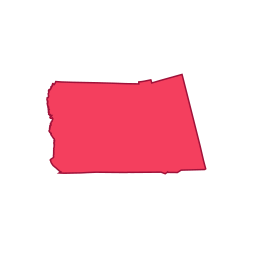 the district of San Isidro, Buenos Aires, Argentina, rotated 210°
{"feature_id": "61730980B51340579014160", "entity_name": "San Isidro", "entity_type": "district", "adm_level": 2, "iso_a3": "ARG", "parent_name": "Argentina", "parent_adm1": "Buenos Aires", "projection": "robinson", "projection_center": [-58.492, -34.488], "detail": "fine", "context": "isolated", "style": "filled", "palette": "rose", "viewbox_px": 256, "rotation_deg": 210, "n_neighbors": 0, "source": "geoboundaries", "source_scale": "gbopen_adm2", "svg_char_len": 4529}
<svg xmlns="http://www.w3.org/2000/svg" viewBox="0 0 256 256"><g transform="rotate(210 128 128)"><path d="M214.8,129.0L214.8,128.8L214.8,128.7L215.0,128.8L215.4,128.7L215.2,128.3L214.9,128.3L214.9,128.2L215.0,128.2L215.0,127.8L214.9,127.7L215.0,127.6L215.1,127.4L214.9,127.3L215.0,127.2L214.7,126.7L214.7,126.3L214.7,126.1L214.9,126.1L214.9,125.8L215.1,125.7L215.1,125.4L215.2,125.2L214.8,125.0L214.7,124.8L214.5,124.6L214.5,124.4L214.6,124.2L214.8,124.2L214.6,123.9L214.6,123.7L214.6,123.0L214.6,122.5L214.5,122.4L214.6,122.2L214.9,122.3L214.9,122.1L215.0,122.1L215.6,121.7L215.6,121.3L215.4,121.2L215.4,120.9L215.5,120.6L215.4,120.4L215.3,120.2L215.2,120.1L214.8,119.9L214.7,120.0L214.6,119.8L214.5,119.4L214.3,118.5L214.3,118.3L214.2,118.2L214.3,117.9L214.0,117.4L213.7,117.1L213.4,116.7L213.2,116.6L213.1,116.4L213.0,116.2L212.7,116.0L212.7,115.9L212.6,115.3L212.4,114.9L212.4,114.7L212.4,114.4L212.5,114.3L212.6,114.2L213.1,113.9L213.1,113.6L212.8,113.1L212.7,112.8L212.3,111.9L212.1,111.8L211.7,111.4L211.4,111.3L211.1,111.3L210.9,111.2L210.9,110.9L211.0,110.6L210.9,110.5L210.7,110.1L210.4,110.1L210.4,109.8L210.4,109.7L210.2,109.0L209.9,108.9L210.0,108.7L209.8,108.5L209.9,108.4L209.7,108.2L209.4,108.1L209.1,107.7L209.0,107.4L208.9,107.3L208.7,107.2L208.3,106.9L208.1,106.9L208.2,106.7L208.1,106.4L207.8,106.2L207.7,106.2L207.3,106.1L207.5,105.8L207.2,105.6L206.8,105.3L206.7,105.2L206.2,105.0L206.0,104.9L206.3,104.7L206.2,104.5L206.1,104.4L206.2,104.2L206.3,104.2L206.1,103.9L205.9,103.9L205.7,103.9L205.8,103.7L205.7,103.5L205.5,103.4L205.5,103.2L205.3,102.7L205.2,102.7L204.8,102.6L204.7,102.2L204.3,102.3L204.2,102.2L204.3,102.0L204.5,102.0L204.6,101.8L204.6,101.7L204.4,101.7L204.2,101.7L204.1,101.2L203.9,101.0L203.6,100.8L203.4,100.7L203.4,100.2L203.2,100.2L202.7,100.1L202.1,100.7L201.9,100.9L201.5,100.7L201.7,100.1L201.8,100.0L201.8,99.7L201.5,99.6L201.4,99.6L201.2,100.0L201.1,99.8L201.2,99.6L201.1,99.4L201.0,99.5L200.6,99.8L200.3,100.3L200.2,100.4L200.2,100.1L200.3,99.8L200.8,98.5L200.7,98.3L200.5,98.1L200.6,97.9L200.3,97.8L200.2,97.8L200.1,98.0L199.8,97.9L199.7,97.8L199.4,97.9L199.3,98.1L199.1,98.2L198.8,98.3L198.5,98.6L198.5,98.9L198.4,98.9L198.1,98.7L197.8,98.5L197.7,98.0L197.6,97.8L197.5,97.6L197.5,97.3L197.4,97.0L197.4,96.9L197.4,96.4L197.4,96.1L197.2,95.8L197.1,95.7L197.2,95.3L197.5,95.0L197.5,94.9L197.5,94.7L197.4,94.6L197.4,94.4L197.3,94.2L197.1,93.8L197.1,93.7L197.3,93.4L197.3,93.2L197.0,93.1L196.8,92.8L196.7,92.7L196.8,92.6L197.0,92.6L196.8,92.3L196.6,92.2L196.4,92.1L196.6,91.9L196.7,91.7L196.8,91.5L196.8,91.2L196.8,90.9L196.7,90.8L196.4,90.5L196.2,90.6L196.2,90.3L196.4,90.1L196.3,89.8L196.1,89.6L195.9,89.6L195.9,89.4L195.8,89.2L195.7,89.1L195.8,88.9L195.9,88.6L195.7,88.4L195.4,88.3L195.2,88.1L195.1,87.2L195.0,86.6L195.0,86.1L194.9,85.9L194.4,85.7L194.1,85.5L193.9,85.5L193.7,85.4L193.6,85.2L193.0,85.1L192.7,84.9L192.3,85.0L192.2,85.0L192.1,84.8L191.7,84.8L191.6,84.6L191.7,84.3L191.8,84.2L191.3,83.7L190.7,83.4L190.1,83.2L189.8,83.0L189.6,82.9L189.4,82.8L189.3,82.7L188.7,82.5L188.2,82.2L187.9,82.2L187.7,81.9L187.1,81.7L186.8,81.8L186.6,81.8L186.2,81.4L186.0,81.2L185.9,81.0L185.9,80.8L185.9,80.6L185.9,80.3L185.7,80.1L185.4,80.1L185.1,80.1L185.1,79.9L185.2,79.6L185.2,79.2L184.8,78.8L184.7,78.8L184.7,78.7L184.9,78.4L184.8,78.1L184.7,78.0L184.5,77.9L184.5,77.7L184.4,77.5L184.2,77.4L183.9,77.2L183.7,77.2L183.6,76.9L183.6,76.5L183.2,76.4L183.2,76.1L183.2,75.9L182.7,75.2L182.7,74.9L182.6,74.6L182.4,74.5L182.4,74.2L182.2,74.0L182.2,73.7L181.9,72.7L181.5,72.4L181.3,72.2L181.2,71.9L181.2,71.5L181.0,71.2L180.8,70.8L180.7,70.6L180.4,70.3L180.3,70.2L180.3,69.9L180.0,69.4L179.8,69.2L179.7,69.2L179.5,68.6L179.5,68.3L179.1,68.0L179.0,67.8L179.0,67.6L179.0,67.3L178.8,67.0L178.5,66.3L178.2,66.2L177.8,65.4L177.9,65.0L179.3,62.1L179.4,61.6L179.3,61.4L179.1,61.5L177.9,60.2L177.2,59.6L176.1,59.0L174.4,58.2L173.9,58.0L173.1,57.9L171.7,57.6L171.2,57.6L170.8,57.5L170.1,57.4L168.1,56.9L167.2,56.8L165.9,56.4L165.2,56.4L164.3,56.4L165.2,54.6L160.9,56.8L146.0,65.8L141.1,69.0L135.4,72.6L133.5,73.8L117.7,82.7L106.6,89.0L106.3,89.3L104.0,90.7L103.5,90.9L77.3,106.3L72.9,107.0L71.7,109.7L71.4,109.4L65.8,112.6L63.0,114.1L60.9,118.1L40.8,130.4L40.6,130.9L40.3,131.5L46.3,137.5L56.4,148.3L86.3,179.1L93.1,186.1L108.0,201.4L118.2,191.0L123.3,185.8L129.9,178.9L132.3,181.1L137.4,176.6L139.5,174.9L141.7,173.3L140.7,171.6L152.0,165.3L163.3,159.3L177.3,151.7L199.1,139.7L208.8,134.5L213.8,132.1L213.6,131.2L213.6,128.9L214.8,129.0Z" fill="#f43f5e" stroke="#9f1239" stroke-width="1.5"/></g></svg>